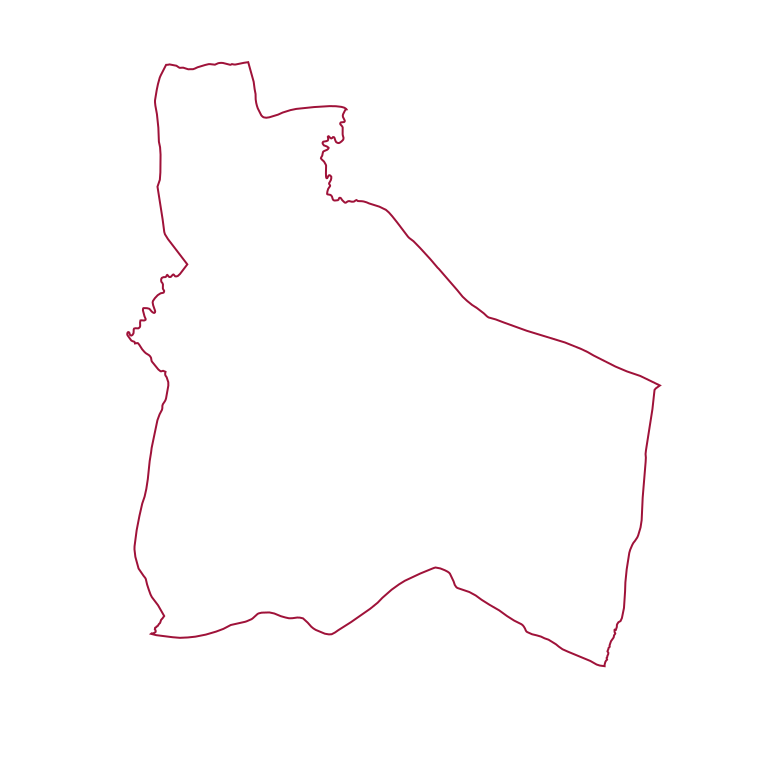 the district of Phayu, Si Sa Ket, Thailand, rotated 191°
{"feature_id": "78962969B85522874194306", "entity_name": "Phayu", "entity_type": "district", "adm_level": 2, "iso_a3": "THA", "parent_name": "Thailand", "parent_adm1": "Si Sa Ket", "projection": "orthographic", "projection_center": [104.391, 14.901], "detail": "fine", "context": "isolated", "style": "outline", "palette": "rose", "viewbox_px": 768, "rotation_deg": 191, "n_neighbors": 0, "source": "geoboundaries", "source_scale": "gbopen_adm2", "svg_char_len": 6153}
<svg xmlns="http://www.w3.org/2000/svg" viewBox="0 0 768 768"><g transform="rotate(191 384 384)"><path d="M113.6,149.1L113.9,150.7L113.7,153.4L113.2,154.9L112.4,156.0L113.2,157.5L112.8,158.3L112.8,160.0L112.4,161.3L112.4,162.3L112.6,163.2L113.6,164.1L113.5,165.2L113.2,166.2L113.2,167.7L112.3,169.1L112.7,170.5L112.1,174.8L110.2,179.0L110.2,181.2L109.4,183.0L109.4,183.4L110.3,184.5L110.8,186.6L110.6,186.9L109.8,186.7L109.5,186.8L109.1,189.9L109.4,191.9L109.2,193.0L108.4,194.9L106.6,196.4L105.8,199.6L105.7,210.0L107.8,226.5L109.2,235.3L110.4,248.3L111.0,265.1L110.7,268.3L109.6,273.4L108.9,275.6L107.7,277.9L106.1,281.7L105.6,283.9L104.8,292.1L105.1,299.5L108.4,321.9L112.3,357.4L112.9,361.7L113.9,365.2L114.2,369.0L115.7,410.5L117.3,429.8L116.4,431.5L112.9,435.2L134.0,440.8L147.9,442.7L160.2,445.3L183.8,452.0L190.2,454.2L197.2,456.0L214.3,459.3L254.1,463.5L278.5,467.3L286.6,468.7L294.1,469.3L295.9,470.1L299.5,472.4L307.3,476.3L312.6,478.4L318.4,481.5L323.5,484.7L330.0,490.1L352.2,507.5L353.6,508.4L362.1,515.2L374.5,524.4L382.3,529.8L387.0,532.1L388.6,533.2L401.9,545.1L408.0,550.3L411.9,553.3L415.3,555.3L422.4,557.2L433.0,558.4L435.7,559.0L438.8,559.3L440.6,559.2L444.5,558.6L446.1,559.3L447.0,558.7L448.1,557.5L448.7,557.2L450.3,556.8L453.2,556.9L454.5,556.3L456.1,554.7L456.5,554.6L457.0,554.6L457.8,555.0L460.1,556.5L461.8,558.2L462.6,558.4L463.1,558.3L463.5,557.9L463.8,556.3L464.4,555.6L467.3,554.7L468.1,554.7L468.9,555.0L469.6,555.7L470.8,558.0L471.7,558.9L472.7,559.4L475.7,559.4L476.0,559.6L476.2,560.2L476.3,562.4L476.0,565.0L474.7,568.0L474.8,568.6L476.0,569.9L476.2,570.6L475.1,574.0L475.0,575.8L475.3,577.4L476.5,578.4L477.6,578.5L478.2,577.9L479.0,575.3L479.6,575.1L480.0,575.4L480.4,576.3L481.2,579.7L482.5,587.3L483.0,588.2L485.3,590.9L488.2,592.7L489.0,593.6L488.9,594.4L488.2,596.4L488.2,599.0L488.0,600.5L487.4,601.1L484.5,603.1L483.8,604.0L483.4,604.9L483.5,605.4L485.5,606.3L488.6,606.8L490.0,608.2L490.3,608.9L490.1,609.8L489.8,610.3L486.9,611.4L485.7,612.2L485.5,612.8L485.5,613.9L486.3,615.9L485.9,616.6L485.5,616.6L483.9,615.5L482.7,615.0L481.9,615.5L481.1,616.7L480.2,616.7L479.6,616.2L478.2,613.7L477.3,612.5L476.6,612.1L475.3,611.8L474.3,611.9L473.5,612.4L472.0,614.0L470.8,615.8L470.6,616.6L470.7,617.9L472.0,620.5L472.3,621.5L473.5,627.9L474.1,628.8L476.4,630.6L476.7,631.4L476.5,632.2L476.2,632.6L473.2,633.5L472.7,634.2L472.8,635.1L475.3,638.4L475.7,639.8L475.6,641.1L474.4,645.4L474.0,646.1L473.2,646.4L473.6,646.8L475.5,647.6L477.2,647.8L479.0,647.9L484.1,647.5L490.4,646.4L505.5,642.5L522.6,637.3L528.1,635.0L535.3,631.1L539.4,628.2L547.5,623.9L550.4,622.9L552.8,622.8L554.1,623.2L555.7,624.3L560.5,630.5L561.9,633.0L563.1,635.6L564.3,639.0L565.4,644.1L567.3,648.9L569.6,655.8L578.7,674.0L582.7,672.6L590.9,669.2L591.9,669.0L594.3,669.0L595.5,668.1L596.1,668.0L603.3,668.4L604.9,668.2L606.2,667.9L607.9,667.3L610.9,665.2L615.8,664.8L617.2,664.5L620.5,663.0L627.5,659.3L629.8,657.6L631.5,656.6L636.3,655.6L641.5,656.2L644.8,655.4L645.7,655.6L648.5,656.8L655.5,656.8L656.9,656.2L658.8,655.7L662.1,644.2L662.6,641.9L663.1,635.3L663.2,629.2L662.9,618.7L662.5,616.7L661.5,613.5L658.4,605.6L654.4,592.5L651.2,578.9L649.0,573.7L647.1,566.5L643.9,549.1L643.0,541.7L644.0,534.5L632.7,503.3L628.7,491.3L627.6,489.2L623.7,485.0L599.9,463.9L605.3,453.0L607.1,450.6L608.6,449.9L609.6,449.9L611.2,451.2L611.7,451.3L612.2,450.9L613.8,448.4L615.0,448.1L615.7,448.3L617.1,449.5L617.6,449.7L618.0,449.3L618.3,448.0L618.6,447.6L619.3,447.1L620.9,446.8L622.3,445.8L622.6,445.0L622.7,444.3L622.5,443.0L622.1,441.9L620.8,440.8L620.0,439.6L619.4,436.0L619.2,435.3L617.6,433.5L617.5,433.0L617.7,431.8L618.2,431.4L620.6,430.4L623.1,428.0L625.3,424.5L626.6,421.5L626.7,420.2L626.6,419.7L625.6,417.2L622.7,412.2L622.5,411.7L622.5,410.6L623.0,410.0L623.9,409.9L625.7,410.7L628.6,413.0L629.3,413.1L631.1,413.2L634.2,412.7L634.7,412.5L634.9,411.7L634.7,410.3L632.0,404.7L630.4,402.4L630.3,401.6L631.1,400.8L632.0,400.5L634.5,400.2L635.2,399.9L635.2,397.9L634.4,394.4L634.6,393.1L635.4,392.1L635.9,391.7L638.7,391.3L639.9,390.7L640.1,389.8L639.7,387.3L639.6,386.0L640.1,384.5L640.5,383.9L641.4,383.3L642.4,383.5L642.8,383.9L643.9,385.9L644.7,386.2L645.2,386.0L645.5,385.5L645.6,384.0L645.0,382.8L640.4,378.5L639.2,378.1L637.1,377.8L636.5,377.2L636.2,376.3L634.0,377.1L633.3,377.1L631.8,375.9L628.0,371.9L625.3,369.8L623.7,368.8L620.3,367.5L619.3,366.9L618.4,366.1L617.6,365.1L616.8,362.9L616.2,361.8L608.3,355.2L605.8,353.9L605.2,353.9L603.4,354.8L600.8,354.3L600.8,352.5L600.5,351.3L600.1,350.6L598.6,349.1L596.1,344.6L595.4,341.3L595.2,328.4L595.4,326.7L595.8,325.3L597.2,322.0L597.4,320.3L597.0,318.1L597.0,316.4L598.5,311.4L599.5,305.2L599.9,276.9L599.6,272.6L599.3,263.6L597.7,245.6L597.3,235.7L597.5,227.8L598.5,220.5L598.9,207.9L598.9,193.3L597.9,177.1L597.4,174.1L595.1,166.9L589.7,156.0L583.4,149.8L581.4,148.1L580.6,147.1L578.3,142.0L575.7,137.3L573.0,132.8L571.2,130.5L563.6,123.7L555.5,114.3L556.7,111.7L557.8,109.9L558.2,106.8L559.2,105.3L559.9,103.4L561.0,102.5L561.1,101.8L562.1,101.1L562.2,100.7L562.1,99.3L561.4,98.8L561.1,98.3L560.9,97.5L561.0,96.8L562.5,95.5L563.4,95.0L564.5,94.9L565.0,94.3L559.6,94.0L543.2,95.1L535.9,95.9L528.1,97.8L520.9,100.0L511.1,104.0L501.6,108.9L494.9,113.0L488.4,118.2L474.9,124.1L473.5,124.9L469.1,127.9L468.0,129.1L464.2,134.2L463.1,135.0L460.4,136.2L452.9,137.9L447.9,137.8L441.0,136.4L436.3,136.0L432.5,135.9L429.3,136.6L424.6,138.2L422.0,138.6L418.8,138.5L413.4,135.2L409.1,131.9L406.7,130.6L404.1,129.6L394.4,127.6L390.3,127.7L387.6,128.4L384.7,130.7L381.9,133.6L371.0,143.9L354.7,160.7L348.5,168.1L344.8,173.8L337.3,183.5L331.0,190.2L325.9,194.9L312.2,204.9L301.7,211.8L299.8,213.0L298.4,213.7L293.5,213.7L288.8,212.8L285.7,211.9L284.0,211.1L283.1,210.4L278.0,203.5L276.2,200.3L274.4,198.5L273.1,197.8L260.6,196.1L253.6,193.9L247.0,190.8L238.0,187.3L227.8,183.8L219.0,179.7L211.1,176.6L203.2,174.4L201.7,173.6L200.5,172.6L198.9,170.8L197.8,169.1L196.9,168.2L196.0,167.8L190.9,166.6L186.1,166.4L181.7,166.0L177.9,165.0L173.7,164.4L165.5,161.3L162.4,159.6L158.2,157.7L152.2,156.3L128.6,151.5L121.8,149.2L118.5,148.8L113.6,149.1Z" fill="none" stroke="#9f1239" stroke-width="2"/></g></svg>